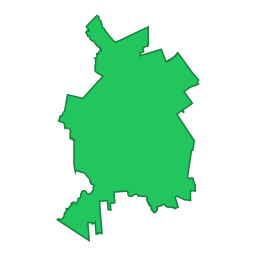 Los Ramones, Nuevo León, Mexico (Albers equal-area conic projection)
{"feature_id": "50627088B22007781023237", "entity_name": "Los Ramones", "entity_type": "district", "adm_level": 2, "iso_a3": "MEX", "parent_name": "Mexico", "parent_adm1": "Nuevo León", "projection": "albers", "projection_center": [-99.613, 25.654], "detail": "fine", "context": "isolated", "style": "filled", "palette": "green", "viewbox_px": 256, "rotation_deg": 0, "n_neighbors": 0, "source": "geoboundaries", "source_scale": "gbopen_adm2", "svg_char_len": 5539}
<svg xmlns="http://www.w3.org/2000/svg" viewBox="0 0 256 256"><path d="M177.7,52.6L177.4,52.7L177.2,53.5L176.5,54.1L176.4,54.9L176.2,55.1L175.5,55.3L175.4,55.6L175.3,56.1L174.5,56.3L174.2,56.9L174.0,57.0L173.6,57.0L173.2,57.3L173.1,57.5L173.0,58.0L172.7,58.2L172.2,58.0L171.9,58.1L171.7,58.7L171.5,59.0L171.0,59.0L170.8,59.4L170.9,59.6L170.9,59.8L170.4,60.2L170.2,60.1L169.7,59.4L169.2,59.4L169.0,59.9L168.8,60.0L168.7,60.3L168.7,60.5L168.8,60.7L168.8,60.9L168.6,60.9L167.3,60.9L167.1,61.7L166.8,61.8L166.0,61.8L165.8,61.0L165.8,60.9L165.6,60.6L165.4,60.1L161.3,49.3L161.0,49.3L157.9,50.3L140.2,55.7L140.4,53.5L140.2,53.0L141.8,52.6L143.7,51.7L143.5,50.0L143.2,49.5L142.8,49.2L142.7,48.4L143.1,48.2L144.0,47.5L144.4,46.9L145.0,46.8L145.4,46.5L147.5,46.3L147.7,46.2L147.9,45.7L147.8,44.2L148.3,44.4L148.2,40.6L148.2,26.9L115.6,42.4L115.1,41.9L114.3,41.3L113.4,40.8L112.8,40.2L111.6,38.4L109.8,36.6L107.9,33.9L106.0,31.7L104.3,28.8L103.1,27.9L102.8,27.5L102.5,27.0L100.8,20.9L99.6,20.1L98.9,19.2L98.8,18.9L99.1,18.5L98.7,16.4L97.9,16.1L97.0,15.4L86.4,26.4L86.7,27.6L88.0,28.5L88.6,29.2L89.0,29.9L88.9,31.1L88.6,30.9L87.2,30.4L85.9,32.5L86.8,33.8L86.8,34.3L86.9,34.7L87.7,35.6L87.9,36.0L87.9,36.3L88.7,36.3L88.9,36.4L89.8,37.1L89.6,38.0L90.9,39.8L92.7,40.9L93.0,41.0L94.1,41.9L94.6,42.3L95.2,43.7L96.3,44.3L96.2,44.9L96.9,45.2L96.7,45.7L97.7,46.1L98.4,46.7L98.7,47.2L99.9,47.4L99.8,48.9L101.1,49.2L101.2,50.7L100.3,50.5L99.9,51.4L99.5,51.9L98.7,52.0L98.3,53.7L96.7,53.7L97.2,57.6L96.5,57.6L94.9,58.1L95.5,58.4L95.7,59.1L95.6,59.5L95.7,60.0L95.5,60.8L95.7,61.2L95.6,61.3L95.6,63.7L95.1,65.4L95.1,69.0L94.9,69.6L95.1,71.0L96.1,72.1L98.2,73.4L100.0,74.3L102.9,76.3L100.4,79.1L97.8,81.8L89.9,90.6L82.4,98.8L82.1,98.2L67.5,94.7L64.6,111.2L64.1,111.7L64.0,112.0L63.7,112.2L62.5,114.1L61.7,116.0L60.9,115.7L60.4,117.3L59.9,117.0L59.2,119.6L58.6,121.0L64.3,123.1L64.5,125.5L65.0,128.4L65.5,128.0L66.2,128.0L66.5,128.2L67.3,128.0L67.8,128.2L68.4,128.4L69.2,129.0L70.0,129.2L70.0,129.6L70.2,129.8L70.5,130.9L70.4,131.6L70.8,132.4L70.6,132.8L70.3,132.9L70.0,133.2L70.1,133.7L70.0,134.3L70.2,134.8L70.1,135.4L70.3,135.6L70.0,136.0L70.0,136.6L70.5,137.4L70.3,137.7L70.3,138.0L70.1,138.3L70.3,138.4L70.5,138.5L70.7,138.8L70.9,138.7L71.0,138.5L71.2,138.4L72.0,138.3L71.9,138.7L72.1,139.0L72.3,139.3L72.3,139.6L72.5,139.6L72.8,139.9L73.2,140.0L73.1,139.5L73.3,139.4L73.5,139.4L74.1,139.6L74.1,139.9L74.5,140.1L74.0,142.0L74.0,164.2L73.9,164.2L75.4,172.2L76.0,170.5L83.9,172.9L84.8,173.0L86.0,175.0L89.6,178.9L90.1,180.6L90.0,181.3L90.0,181.9L91.0,182.1L91.1,182.3L91.1,182.8L90.9,183.0L90.8,183.3L91.1,183.9L91.9,184.4L92.7,184.5L93.4,184.5L93.7,185.1L93.9,185.6L93.9,185.9L93.1,187.6L93.2,188.0L93.6,188.8L93.6,189.3L92.7,190.8L91.4,192.6L90.8,193.2L90.1,193.6L89.3,194.0L88.6,194.1L88.3,194.1L87.1,193.6L86.7,192.8L85.8,191.5L84.5,190.8L83.6,190.7L83.2,190.8L82.8,190.9L82.1,191.4L81.7,191.9L81.3,193.2L81.0,193.6L80.9,194.0L80.6,197.2L80.1,197.7L78.8,198.1L78.2,198.6L78.1,199.9L77.4,201.8L77.0,202.5L77.0,202.8L75.8,203.8L75.5,203.9L75.3,203.5L75.2,203.0L74.8,202.4L73.9,202.0L73.6,202.0L72.0,202.8L71.7,203.2L71.1,203.5L71.3,203.8L71.9,204.2L72.1,204.5L71.9,205.0L71.3,205.4L70.6,205.7L69.6,206.8L69.3,207.2L69.2,207.6L68.9,207.8L68.8,208.5L68.7,208.6L68.3,209.0L67.5,208.8L66.9,208.8L66.6,208.5L66.4,208.5L66.2,208.6L66.2,208.8L66.3,209.1L66.2,210.1L66.6,209.8L66.9,209.7L66.8,210.1L65.8,211.9L65.3,212.5L64.8,212.6L64.3,213.2L64.5,214.0L64.1,215.5L64.2,216.0L63.2,217.5L63.3,217.6L62.9,218.7L62.0,219.2L61.2,219.4L59.6,219.3L58.9,218.9L58.2,219.0L57.7,219.2L57.3,219.7L63.6,223.9L89.2,240.6L87.8,222.5L92.3,223.0L92.4,224.1L95.1,222.2L96.1,234.1L98.2,234.0L98.1,232.6L102.0,233.6L99.5,201.3L107.4,200.6L108.1,209.6L110.9,210.0L110.3,203.3L114.8,202.9L113.9,192.1L118.3,191.8L125.4,191.1L127.6,191.1L128.0,193.4L127.9,194.1L128.2,194.9L128.7,195.6L129.3,196.0L129.8,196.3L130.9,196.4L132.0,196.2L133.2,195.5L134.2,194.6L135.4,194.2L136.3,194.1L136.6,194.2L136.9,194.5L137.1,194.8L137.5,195.2L138.4,196.1L139.4,196.1L141.3,196.0L142.2,196.3L143.0,196.4L144.0,196.2L144.3,196.0L145.1,196.2L145.3,196.4L147.4,197.3L147.4,197.8L147.7,198.0L147.8,198.1L147.7,198.3L147.5,198.5L146.9,198.8L146.8,199.1L147.2,199.4L146.9,200.2L147.0,200.6L147.7,202.2L148.6,202.5L148.8,202.9L149.3,203.2L149.2,203.5L148.9,203.8L148.6,204.2L148.6,204.5L149.0,204.7L149.0,204.9L149.1,205.0L149.5,204.9L149.6,205.0L149.6,205.7L149.7,205.8L149.9,205.8L150.4,205.4L150.7,205.4L150.8,205.5L151.1,206.2L150.9,206.6L150.9,207.1L151.3,208.5L151.3,208.9L151.4,209.1L151.3,209.7L151.5,210.0L152.4,210.1L152.7,210.3L153.0,210.7L153.1,211.9L154.3,212.7L154.6,212.5L154.8,212.6L156.1,211.4L157.0,210.5L157.2,210.0L157.5,208.0L156.7,207.4L156.9,207.0L157.3,206.7L157.7,206.8L158.0,206.7L158.1,206.4L159.8,206.1L161.4,205.6L163.9,203.9L165.2,205.4L166.7,206.8L168.0,207.2L172.3,207.0L172.7,207.8L174.4,207.7L174.8,208.7L178.1,207.1L175.2,197.2L177.4,196.1L178.2,196.6L179.1,197.1L184.8,199.9L186.3,199.8L190.6,200.6L190.4,190.8L192.8,190.7L195.2,191.2L195.5,190.0L195.0,186.4L194.8,186.3L194.9,186.0L195.5,185.2L195.0,184.9L194.6,184.4L194.1,182.0L193.8,181.4L193.4,180.9L193.2,180.2L193.4,179.1L193.0,178.3L191.6,177.9L191.3,178.1L190.6,178.5L189.8,178.8L188.0,177.7L187.6,177.6L187.6,176.2L191.6,150.1L192.9,150.1L194.3,140.7L176.8,114.2L182.0,110.5L183.3,112.4L183.9,111.9L182.6,110.1L192.4,103.3L185.6,93.8L184.1,91.7L189.7,87.4L193.2,86.0L194.8,85.7L197.1,84.6L198.4,84.1L197.3,82.3L198.7,80.1L196.5,77.4L192.4,72.8L177.7,52.6Z" fill="#22c55e" stroke="#15803d" stroke-width="1.5"/></svg>